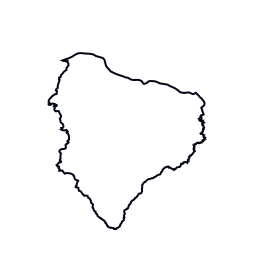 the district of Uruguaiana, Rio Grande do Sul, Brazil, rotated 67°
{"feature_id": "56859067B5224515262933", "entity_name": "Uruguaiana", "entity_type": "district", "adm_level": 2, "iso_a3": "BRA", "parent_name": "Brazil", "parent_adm1": "Rio Grande do Sul", "projection": "equal_earth", "projection_center": [-56.694, -29.802], "detail": "fine", "context": "isolated", "style": "outline", "palette": "ink", "viewbox_px": 256, "rotation_deg": 67, "n_neighbors": 0, "source": "geoboundaries", "source_scale": "gbopen_adm2", "svg_char_len": 5888}
<svg xmlns="http://www.w3.org/2000/svg" viewBox="0 0 256 256"><g transform="rotate(67 128 128)"><path d="M168.4,64.2L168.4,63.4L168.7,62.8L168.5,61.7L168.2,62.0L167.7,61.4L166.8,61.8L166.7,61.0L165.8,61.7L165.2,61.8L164.6,61.5L164.3,60.9L163.9,61.5L163.4,61.5L162.4,61.8L162.1,63.1L161.4,63.3L161.3,62.7L160.9,62.0L160.6,60.4L160.1,60.3L159.4,59.8L158.5,58.6L157.9,58.4L157.9,59.1L157.5,58.8L157.3,57.7L156.0,57.8L155.0,57.6L154.7,58.3L154.2,58.5L153.5,57.6L153.2,58.0L152.7,58.0L152.7,55.9L151.2,56.6L150.7,57.4L150.4,56.7L150.1,57.5L149.7,57.2L149.4,57.6L149.3,58.2L149.4,58.9L149.0,59.3L147.8,59.1L147.6,58.3L147.1,58.8L146.8,57.4L147.1,57.0L147.9,57.4L147.9,56.7L147.2,56.2L146.8,56.2L146.1,57.0L145.6,56.9L145.2,56.4L144.9,55.9L144.9,55.3L145.2,54.0L145.1,53.1L143.2,52.9L140.9,53.0L140.1,52.5L138.3,52.8L137.8,52.4L137.4,50.3L136.6,48.9L136.0,48.3L134.8,47.8L133.5,47.7L129.4,48.8L127.5,49.9L126.3,50.1L123.4,51.3L122.1,51.7L122.1,52.5L122.4,53.5L122.1,55.2L119.5,57.5L118.4,59.6L118.2,61.0L117.8,62.3L116.9,63.9L115.7,65.7L114.3,66.6L112.4,67.5L109.7,69.3L108.1,70.7L105.8,73.0L103.7,74.5L100.9,78.6L99.6,81.0L96.4,83.9L95.2,85.6L93.9,88.1L93.3,89.8L93.2,91.2L93.6,92.2L93.9,93.7L93.8,95.3L93.4,96.4L90.4,97.0L88.9,98.1L87.3,100.6L86.6,102.7L85.9,104.4L84.0,106.9L82.2,108.0L81.2,109.2L80.5,110.5L78.7,112.1L76.6,114.6L74.1,117.4L69.2,121.8L66.3,122.7L63.3,123.8L62.0,123.9L55.9,123.0L53.8,123.8L49.0,129.6L46.8,131.1L44.5,134.6L42.0,139.7L40.5,142.3L39.7,145.2L39.9,148.2L40.6,152.0L40.6,155.5L40.2,162.0L41.2,161.0L42.0,159.4L42.4,159.0L42.7,157.7L43.2,158.2L43.7,158.2L44.2,157.8L45.6,157.7L47.2,158.4L47.9,159.6L48.3,160.6L48.8,161.2L50.5,162.0L50.7,163.5L51.4,165.5L52.3,167.0L52.9,168.6L55.0,170.5L54.6,171.5L56.4,172.7L57.1,172.2L61.5,176.1L63.7,177.0L63.8,177.7L64.1,178.6L64.9,179.6L65.9,179.5L66.3,179.0L68.8,180.5L68.7,181.1L68.4,182.3L69.1,185.3L71.0,189.4L72.0,190.4L73.0,190.9L73.4,190.6L74.2,190.5L74.8,190.6L74.9,191.8L75.3,191.9L75.8,191.7L76.4,190.6L76.3,189.9L75.5,190.2L75.4,189.5L76.0,189.0L76.1,188.0L76.7,186.8L77.4,185.9L77.8,185.8L79.0,184.7L79.6,184.8L79.8,185.4L79.2,185.7L78.8,187.3L79.1,187.9L80.5,187.3L82.4,188.7L83.0,188.6L84.3,188.1L84.6,187.6L84.6,186.9L84.8,186.2L85.4,185.3L86.2,185.1L88.3,185.2L90.3,184.8L91.2,185.1L91.8,185.5L92.7,187.1L93.4,187.0L94.0,187.1L95.9,187.7L97.5,187.3L98.6,186.6L99.4,186.4L101.6,186.9L102.4,188.1L101.9,189.5L102.4,189.6L102.9,189.1L103.3,189.3L103.4,190.1L104.3,189.2L105.3,187.7L105.7,186.3L105.7,185.6L106.1,185.2L107.1,185.3L107.9,184.9L108.1,186.2L108.6,186.3L109.4,185.6L110.5,185.4L111.5,185.4L112.7,185.7L114.0,186.1L115.4,186.7L115.8,187.2L116.2,188.6L116.7,189.1L117.2,188.9L117.5,188.3L118.0,188.3L118.4,188.8L118.6,189.6L118.8,191.6L119.1,192.1L122.0,192.9L122.3,193.7L122.4,194.4L121.8,196.6L121.5,197.2L121.5,197.8L121.7,199.1L122.5,200.2L123.0,200.4L125.1,199.7L127.1,200.9L127.8,201.2L128.6,201.7L129.6,201.9L130.9,203.3L131.6,203.4L132.1,202.9L132.5,202.7L133.1,202.8L133.3,203.5L132.8,205.1L134.0,207.3L134.3,208.3L135.2,208.1L136.1,206.9L136.6,206.5L137.0,206.7L137.1,207.5L137.7,207.6L139.6,207.0L140.4,208.0L140.9,207.2L141.4,205.2L141.7,205.0L142.5,204.9L145.2,204.2L145.4,203.5L145.3,202.6L145.8,201.4L146.7,200.0L146.9,199.3L148.9,197.2L149.8,196.7L150.4,196.9L150.8,196.5L151.4,196.4L153.7,196.9L154.7,196.7L157.1,194.5L158.7,196.4L159.5,197.0L160.2,197.3L161.3,198.9L161.9,199.3L162.5,198.8L163.2,197.3L163.8,197.1L165.6,197.6L166.7,197.6L167.3,196.7L168.0,196.2L171.6,195.4L172.1,195.0L173.0,195.0L173.5,194.0L173.9,192.6L174.3,192.4L175.0,191.7L176.3,191.9L176.9,191.8L178.0,190.8L179.0,190.9L179.8,190.6L180.5,190.6L182.0,191.2L182.7,190.8L183.4,190.7L184.3,190.2L185.1,190.2L185.8,190.6L186.7,191.5L187.5,191.7L188.0,191.3L188.6,191.3L189.2,191.5L191.0,191.5L192.5,190.5L193.3,190.9L194.0,191.0L195.1,190.1L196.9,190.4L198.5,189.7L199.2,189.1L200.0,188.8L200.4,188.2L201.4,188.1L201.9,187.3L202.9,187.0L204.2,185.9L205.1,185.9L205.9,186.0L206.4,185.5L206.8,185.8L207.3,185.5L208.8,185.2L209.6,185.5L210.1,185.0L211.6,184.8L212.4,183.5L213.1,183.1L213.2,182.4L214.1,181.3L214.5,180.3L215.4,180.4L216.3,178.6L215.9,178.4L215.8,175.8L215.5,174.8L215.5,174.2L214.9,173.5L213.8,172.9L213.4,171.7L212.6,170.7L212.0,170.4L211.4,168.9L211.2,167.9L209.8,167.2L209.1,167.1L208.9,166.2L208.3,166.4L207.4,166.2L206.4,165.2L205.8,164.9L205.5,164.2L203.7,164.3L202.8,163.9L202.3,163.1L202.3,162.0L202.0,161.1L202.2,160.2L201.7,159.9L201.8,159.3L200.1,157.8L199.5,157.6L199.2,156.9L199.1,156.1L197.8,154.4L197.2,154.1L196.8,153.5L196.8,152.9L196.4,152.3L196.3,150.7L196.1,149.9L195.2,149.0L195.2,147.9L195.0,147.3L194.3,146.1L194.0,145.4L192.9,143.9L192.8,143.2L193.2,141.7L193.1,141.2L192.3,140.3L191.5,139.6L189.7,139.1L188.0,138.0L186.3,137.4L185.3,136.1L184.4,134.5L184.1,133.7L184.3,132.7L183.8,131.8L183.2,130.3L183.1,129.7L183.5,127.2L183.5,126.0L184.0,124.3L183.5,123.4L183.5,122.2L183.7,121.6L183.3,120.9L183.0,118.9L183.2,116.4L182.1,115.1L181.6,114.7L181.3,113.5L179.8,112.2L178.9,109.6L178.8,108.7L179.0,107.8L179.0,106.4L179.3,105.9L179.8,105.8L180.3,105.9L180.3,105.2L180.8,104.8L181.8,104.4L182.5,103.5L183.5,103.0L183.8,101.8L184.6,101.9L184.2,100.1L183.5,98.8L183.4,98.0L184.0,95.9L183.9,95.2L182.7,93.7L181.8,93.4L181.6,92.9L182.2,92.0L182.3,91.0L181.8,90.9L181.4,90.6L181.5,89.4L182.6,86.6L182.3,85.5L181.8,85.8L181.5,86.4L181.6,85.3L181.2,84.8L180.5,85.0L180.0,83.7L179.0,82.9L178.5,83.1L178.3,82.4L177.8,82.0L177.6,81.5L178.0,80.6L177.3,79.5L177.0,78.6L175.7,76.6L175.5,75.6L174.5,75.7L173.8,76.0L173.4,75.3L173.0,75.7L171.9,75.3L171.2,74.0L170.5,73.9L170.0,73.5L170.0,74.2L169.3,74.4L168.9,73.9L169.3,72.3L169.3,71.6L168.8,71.3L168.7,70.5L169.3,69.3L168.9,68.9L169.3,68.3L169.8,68.4L170.0,68.0L169.7,66.5L170.1,66.3L170.1,65.7L169.6,65.2L169.6,64.3L169.1,64.5L168.4,64.2ZM182.6,86.6L182.8,87.3L183.2,87.0L182.6,86.6Z" fill="none" stroke="#020617" stroke-width="2"/></g></svg>